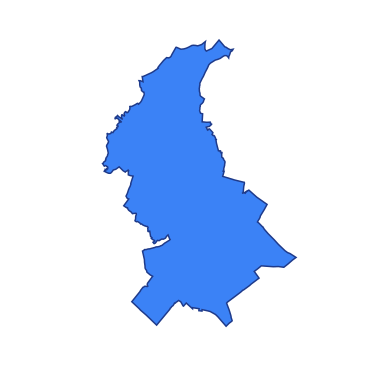 Husi, Vaslui, Romania, rotated 60°
{"feature_id": "2599482B45032832471222", "entity_name": "Husi", "entity_type": "district", "adm_level": 2, "iso_a3": "ROU", "parent_name": "Romania", "parent_adm1": "Vaslui", "projection": "mercator", "projection_center": [28.068, 46.676], "detail": "fine", "context": "isolated", "style": "filled", "palette": "blue", "viewbox_px": 384, "rotation_deg": 60, "n_neighbors": 0, "source": "geoboundaries", "source_scale": "gbopen_adm2", "svg_char_len": 5983}
<svg xmlns="http://www.w3.org/2000/svg" viewBox="0 0 384 384"><g transform="rotate(60 192 192)"><path d="M130.3,257.7L131.0,256.9L131.8,256.6L133.8,255.1L134.5,254.2L135.0,253.1L134.7,251.8L133.6,249.1L134.2,246.7L133.8,242.5L139.2,241.0L141.4,239.8L141.1,239.0L141.3,237.2L141.1,236.4L141.3,236.4L141.7,236.5L142.0,236.3L142.2,236.7L145.3,238.6L146.7,237.5L148.8,235.1L154.0,240.8L154.5,240.9L156.3,242.9L156.7,243.7L158.2,245.7L160.9,248.7L162.6,251.2L164.8,251.3L165.5,251.0L166.4,250.3L169.8,258.0L172.2,256.9L173.0,256.2L173.0,256.3L174.5,256.0L175.9,256.0L177.3,255.5L178.6,254.8L181.0,254.4L181.5,253.0L182.4,251.2L182.7,251.0L183.9,251.6L184.1,252.1L185.1,253.1L187.2,254.4L188.3,255.7L188.9,255.7L190.0,255.0L190.3,254.0L191.4,253.3L193.0,252.6L194.1,252.5L194.4,251.7L194.6,251.6L196.1,251.0L197.9,249.7L198.2,249.2L198.9,248.9L199.6,247.8L200.9,247.8L201.3,248.5L203.0,249.2L203.4,249.6L204.2,249.8L204.5,249.6L204.6,248.6L204.8,248.2L209.8,250.1L211.6,249.6L211.8,250.4L213.2,250.0L215.3,248.7L215.6,248.8L215.9,249.6L216.0,250.9L217.6,250.7L217.8,250.6L217.9,249.3L216.7,246.4L216.7,245.9L217.7,244.9L217.6,242.0L218.0,241.1L218.4,240.7L218.6,240.0L218.7,238.0L217.7,236.3L217.2,234.2L221.4,234.8L222.2,234.7L222.5,235.7L222.5,237.9L222.6,239.2L222.6,241.2L223.2,244.6L222.9,246.4L222.9,247.3L222.2,249.4L221.6,250.5L221.4,252.1L220.0,257.3L219.4,258.4L218.9,260.6L218.2,261.7L218.1,262.1L218.5,262.8L218.4,264.4L226.7,267.0L229.2,268.3L232.4,269.6L234.3,270.6L235.3,270.8L237.1,270.6L239.0,271.1L243.0,269.6L245.3,268.2L248.8,276.2L249.7,277.0L251.5,277.4L251.5,278.1L250.6,279.1L249.9,280.4L250.1,280.7L250.2,281.7L250.0,282.1L251.6,286.0L252.0,286.3L256.9,299.0L266.5,296.1L268.5,295.7L275.7,293.2L289.6,289.2L282.4,269.7L281.8,269.1L281.7,268.2L281.1,266.9L280.9,265.2L280.1,263.6L279.4,262.7L279.9,262.0L279.5,260.8L279.5,259.3L279.2,257.9L279.9,257.4L281.6,256.6L286.1,256.7L286.6,256.4L285.3,252.5L293.4,249.9L292.5,249.3L296.6,244.2L298.2,245.4L300.1,242.9L298.9,242.1L302.9,237.7L304.6,236.0L309.8,232.9L312.9,232.0L325.3,229.6L324.2,225.4L323.8,222.0L323.4,221.5L320.0,220.8L319.3,220.4L317.9,220.0L312.7,218.8L305.5,217.6L305.1,216.5L303.2,201.0L302.8,198.4L302.4,197.5L302.6,196.4L301.8,188.9L301.3,186.7L300.1,177.0L291.9,177.8L291.4,173.8L290.6,168.9L297.4,158.9L299.7,154.5L303.1,150.1L302.3,144.6L301.2,139.1L300.7,134.6L294.3,137.9L292.3,139.5L289.4,140.8L280.5,143.4L274.5,144.7L266.2,146.9L260.4,148.0L257.6,148.1L257.5,148.3L252.4,149.6L250.7,150.3L249.7,148.7L248.9,147.1L247.7,145.4L247.0,144.9L243.3,138.1L240.3,133.2L228.8,138.5L218.8,141.8L218.9,144.0L219.0,145.0L219.9,147.2L218.7,145.4L218.8,147.2L218.4,148.0L218.3,149.3L218.0,148.1L216.9,147.1L213.2,144.5L210.5,142.1L209.7,141.9L209.6,142.1L202.7,149.3L193.8,157.6L190.1,153.8L189.6,154.6L189.0,154.0L188.3,153.1L187.6,152.8L185.2,150.4L184.9,150.3L183.7,149.3L183.2,149.1L183.1,148.8L182.3,148.3L181.2,148.2L180.0,148.4L178.8,148.1L178.6,148.4L178.0,148.2L176.7,148.8L174.1,147.4L173.2,147.3L173.1,147.0L173.2,146.5L172.7,146.3L171.6,147.4L171.0,147.4L170.8,146.9L170.6,146.8L169.5,148.5L162.2,146.5L159.0,145.3L158.9,144.8L158.8,144.7L158.1,145.2L157.7,144.8L155.0,144.5L154.2,144.7L154.1,145.1L153.4,145.3L153.4,145.6L152.2,145.9L151.2,144.3L151.0,144.2L146.5,145.2L145.9,145.6L146.0,146.6L146.3,147.4L145.8,147.6L144.9,147.4L143.0,147.3L143.4,145.4L143.9,144.4L143.5,142.2L143.1,141.2L142.6,141.6L141.9,141.3L141.3,141.7L140.6,141.3L139.0,144.4L136.3,148.1L129.6,143.7L128.1,145.2L127.8,145.2L125.4,144.8L124.1,143.7L122.7,142.9L122.1,142.1L121.4,141.8L120.8,141.1L120.6,140.5L120.3,138.8L119.6,137.1L118.5,136.0L117.6,134.7L113.4,136.6L112.4,136.7L110.4,135.7L108.7,135.3L105.9,133.9L104.9,133.0L103.9,132.4L103.5,131.8L102.0,131.0L101.5,130.5L98.6,126.2L97.6,124.4L94.9,120.7L92.4,116.7L90.6,114.3L90.2,113.7L89.6,111.6L89.4,105.8L90.0,103.5L90.4,100.8L90.1,97.1L90.2,95.5L91.0,94.1L92.3,93.4L94.2,93.2L93.0,92.3L92.2,91.1L89.9,88.5L89.8,86.5L88.9,85.0L88.1,87.5L86.0,89.0L83.7,90.1L82.7,91.0L73.9,92.6L77.7,103.0L77.2,107.9L77.2,109.0L76.4,109.4L74.6,109.3L72.7,108.3L69.6,106.3L68.4,105.2L69.1,109.9L68.5,113.0L68.2,114.1L67.0,115.4L65.6,117.4L65.0,118.9L64.9,122.4L64.6,125.1L64.0,127.5L62.8,130.2L58.9,133.1L58.7,133.6L62.7,140.4L64.1,142.5L64.4,143.6L64.2,144.5L64.3,145.0L62.9,146.8L63.9,150.9L66.1,156.9L67.1,159.2L67.3,159.4L67.9,159.4L68.4,165.3L68.4,167.6L67.5,176.7L67.1,177.4L72.0,179.3L69.8,181.1L69.1,182.2L70.6,182.3L73.1,183.7L75.1,184.4L76.6,184.0L76.9,184.2L77.8,184.3L78.2,184.8L79.0,185.0L81.3,184.2L81.5,183.8L82.6,184.1L83.9,184.8L87.8,190.2L88.5,191.7L89.2,194.1L89.2,194.5L88.1,194.6L87.9,195.4L88.0,197.4L87.8,201.1L87.5,201.9L87.1,202.8L86.3,202.9L87.6,203.4L89.2,204.5L90.1,205.8L90.3,206.5L91.0,207.7L91.0,208.1L90.7,208.4L90.7,208.7L90.4,209.0L89.8,209.0L89.2,209.3L89.2,209.8L89.7,211.0L90.2,211.6L92.1,212.2L92.3,212.7L90.1,213.9L90.1,214.3L90.7,214.9L91.9,215.4L92.6,216.0L93.1,216.1L94.5,215.7L91.2,217.2L90.2,217.8L88.5,218.2L89.0,219.7L89.0,220.8L89.3,220.9L89.5,221.7L90.1,222.0L90.3,221.8L90.4,220.4L91.0,219.6L92.6,219.4L93.9,218.8L93.9,219.3L94.3,219.7L95.0,219.8L94.9,218.8L95.0,218.5L96.3,217.9L95.9,218.4L95.5,219.9L95.8,221.7L96.6,223.6L97.9,223.0L98.1,223.1L98.5,223.7L98.3,224.5L98.3,224.8L98.6,225.1L99.5,225.2L99.6,225.5L99.6,226.4L99.8,227.4L99.8,228.0L99.9,228.6L101.0,230.8L99.8,231.7L99.8,232.0L100.6,232.8L100.7,233.2L100.2,235.2L99.0,236.0L99.0,236.3L101.0,237.2L102.1,238.6L102.6,238.8L106.4,239.0L107.5,239.9L107.4,240.1L108.4,241.5L108.6,242.1L109.5,243.1L113.0,243.9L116.5,245.1L117.7,246.6L118.2,246.9L118.9,247.9L119.2,249.0L119.6,249.3L120.3,250.3L120.7,250.3L121.2,251.1L121.5,251.1L121.8,251.6L121.9,253.3L122.7,254.6L122.6,255.2L125.6,255.1L125.8,255.0L125.7,254.1L126.1,253.4L127.1,253.2L127.8,252.5L129.0,252.8L129.6,253.3L129.1,254.1L129.5,254.4L129.8,254.2L130.1,254.4L130.0,254.8L129.1,255.7L129.4,255.8L129.8,255.6L130.2,256.2L129.6,256.9L130.3,257.7Z" fill="#3b82f6" stroke="#1e3a8a" stroke-width="1.5"/></g></svg>